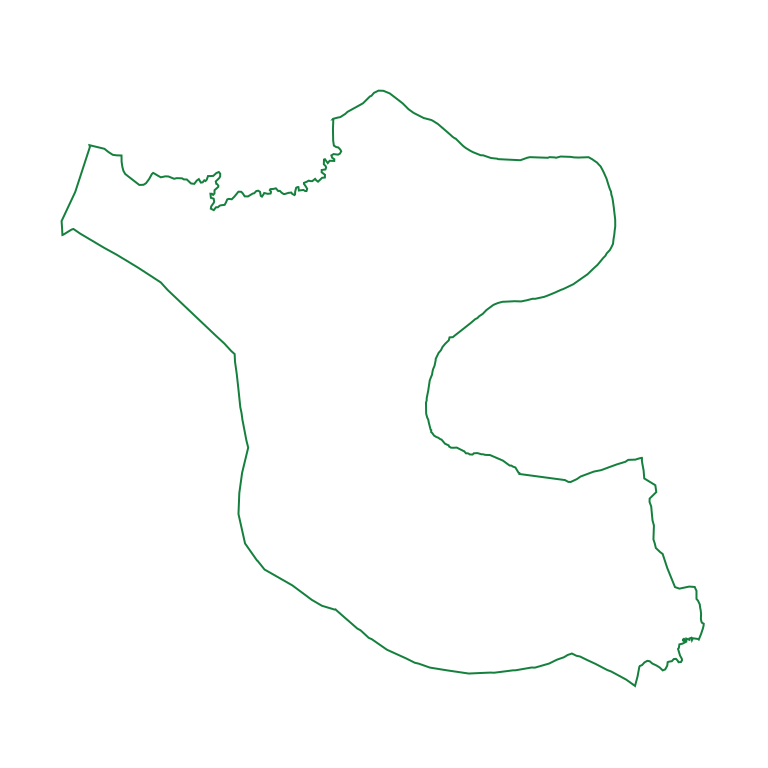 Niani, Central River, Gambia (Robinson projection), rotated 182°
{"feature_id": "56634734B41420439456091", "entity_name": "Niani", "entity_type": "district", "adm_level": 2, "iso_a3": "GMB", "parent_name": "Gambia", "parent_adm1": "Central River", "projection": "robinson", "projection_center": [-14.889, 13.677], "detail": "fine", "context": "isolated", "style": "outline", "palette": "green", "viewbox_px": 768, "rotation_deg": 182, "n_neighbors": 0, "source": "geoboundaries", "source_scale": "gbopen_adm2", "svg_char_len": 6086}
<svg xmlns="http://www.w3.org/2000/svg" viewBox="0 0 768 768"><g transform="rotate(182 384 384)"><path d="M710.6,521.7L709.8,522.0L704.7,525.4L701.7,527.4L699.8,528.1L692.9,523.7L670.4,511.4L668.0,510.1L655.9,504.0L634.2,491.9L610.6,477.7L603.6,470.5L554.2,426.8L545.1,419.0L537.8,411.6L534.3,408.7L533.7,401.2L531.6,389.4L529.5,375.1L526.8,355.8L525.3,349.7L524.3,343.6L519.5,322.6L517.5,315.7L522.7,290.3L524.8,270.0L524.9,249.0L517.3,219.8L504.7,203.1L504.3,203.0L496.9,194.4L468.5,179.5L448.7,165.8L438.3,160.2L425.4,156.8L424.6,157.1L423.8,156.3L415.5,149.5L410.4,145.4L402.2,138.7L398.8,137.0L390.3,129.7L387.4,128.6L371.7,118.5L351.8,110.3L343.5,106.5L339.4,105.7L328.3,102.2L310.8,100.0L289.2,97.6L278.1,98.5L267.7,99.3L263.8,99.3L245.3,102.3L242.4,102.5L226.7,105.8L223.3,105.8L209.2,110.4L201.6,114.5L194.6,117.2L191.0,119.6L186.8,121.2L182.2,119.1L178.6,118.5L171.7,115.4L162.7,111.6L150.8,105.9L146.9,104.6L131.6,97.0L122.6,91.0L120.4,100.5L119.0,110.0L118.5,111.1L116.3,112.1L113.9,114.9L111.2,116.5L108.8,116.2L106.1,114.0L101.7,112.1L98.6,110.3L95.4,107.5L93.0,108.6L91.1,112.4L90.8,115.9L89.4,116.5L86.7,117.0L84.8,119.2L82.6,119.5L80.9,117.8L79.9,116.2L77.5,116.5L76.5,118.4L76.7,119.6L77.2,120.5L78.7,123.0L80.9,129.5L80.1,130.6L79.7,134.1L76.7,134.9L73.8,136.5L76.3,138.2L76.3,139.0L75.3,139.8L72.9,138.2L72.9,140.1L69.9,139.0L69.9,140.3L68.0,141.1L67.3,138.7L66.4,140.7L61.1,140.1L60.5,139.6L58.4,145.2L56.8,150.7L56.2,153.4L56.1,155.6L57.9,156.5L58.6,157.9L58.8,158.9L59.1,160.3L59.1,162.0L59.1,163.4L59.1,165.5L59.4,167.5L59.7,169.5L60.1,170.8L60.4,172.5L60.6,173.9L60.7,174.7L61.7,176.6L62.7,178.5L62.9,178.7L64.2,180.1L64.5,188.2L65.9,190.9L66.4,192.0L71.9,192.2L81.6,189.8L86.1,191.2L94.5,210.0L99.6,223.9L102.1,225.6L106.6,229.6L107.8,234.0L109.3,238.1L109.3,252.0L110.9,257.1L112.7,271.0L114.5,275.4L114.5,278.8L108.1,285.5L109.3,292.3L120.6,298.7L121.5,306.5L123.2,314.1L123.2,314.4L123.4,315.5L123.6,316.2L123.6,318.5L123.7,319.2L124.0,319.2L127.4,318.2L130.1,317.2L137.3,316.7L140.0,314.7L148.2,311.9L156.4,308.6L163.9,305.5L171.2,303.8L184.3,298.4L187.9,295.7L194.0,292.6L196.4,292.6L199.8,294.3L245.6,298.8L245.6,299.8L246.5,300.1L249.8,305.2L252.2,305.9L253.8,306.9L255.6,306.9L262.5,311.6L275.6,316.7L280.4,316.7L282.4,317.2L284.2,317.2L288.2,318.2L291.8,317.9L293.0,316.6L295.8,316.6L296.7,317.2L297.6,317.6L299.7,317.6L301.5,319.6L302.4,319.9L309.1,323.0L312.1,322.7L314.9,322.7L315.8,323.3L316.7,323.7L317.3,325.0L318.5,325.4L320.0,326.1L320.9,326.4L324.6,330.5L325.8,330.8L327.9,332.2L329.7,332.8L332.2,334.2L334.0,336.6L335.2,337.6L335.2,339.6L335.8,339.9L337.9,347.1L338.5,349.8L339.7,352.1L340.8,355.7L340.9,357.1L341.4,366.9L340.8,368.9L340.8,371.6L339.6,378.7L338.4,389.2L337.1,393.0L336.2,395.3L336.2,396.3L335.6,400.1L334.1,404.1L333.2,409.5L333.2,410.9L330.5,417.0L328.3,419.7L326.8,423.1L324.1,426.5L320.8,429.9L320.1,432.9L316.8,433.2L315.3,434.6L299.1,448.3L295.1,452.0L293.0,453.1L291.2,455.1L287.8,457.5L284.2,461.5L277.8,466.6L276.0,467.6L272.7,469.0L268.4,470.3L263.3,470.7L256.3,471.3L249.9,471.3L244.1,472.7L238.4,474.4L236.0,474.4L226.9,476.7L223.5,478.1L217.5,480.8L209.9,484.5L208.7,484.9L198.3,490.3L190.8,496.0L184.4,500.8L178.9,506.5L174.7,510.6L169.4,517.5L167.2,519.9L166.0,522.3L163.0,525.7L161.8,528.0L160.0,532.1L159.7,536.5L159.1,540.9L158.8,545.6L158.4,549.7L158.7,556.5L160.0,565.0L160.6,569.0L161.8,575.8L162.4,578.5L163.3,580.9L163.9,584.3L164.8,586.0L166.0,589.0L167.2,592.4L168.7,596.8L170.0,599.5L171.8,603.2L173.3,605.9L175.1,609.0L177.2,611.0L178.8,612.7L181.5,614.4L183.6,615.8L187.5,617.8L197.6,617.1L202.1,617.1L205.4,617.5L215.4,617.5L220.0,616.1L221.2,616.4L226.4,616.5L228.2,615.8L246.1,615.8L248.8,615.1L255.5,612.4L277.9,612.7L278.5,613.1L285.0,613.6L292.9,616.0L295.4,616.0L302.9,618.7L305.7,620.0L310.5,622.7L312.9,624.4L314.5,625.8L321.1,631.9L321.7,631.9L323.9,633.3L327.8,636.6L339.3,645.8L344.5,648.8L346.0,649.5L353.6,651.2L356.6,652.6L363.9,656.0L369.0,659.4L375.1,665.1L383.6,671.2L388.4,674.6L394.8,677.0L399.7,677.0L404.2,674.6L406.6,671.6L408.1,670.9L414.8,663.8L430.0,654.7L432.1,652.6L437.0,649.2L439.7,648.6L444.2,647.2L444.5,646.8L443.9,646.9L443.9,637.1L443.3,625.5L442.4,620.5L440.0,619.1L437.9,618.8L435.8,616.7L434.9,615.0L436.1,612.7L437.9,611.6L442.4,612.0L444.6,610.6L443.7,608.3L441.5,606.9L441.5,605.2L446.1,605.2L447.9,602.8L450.9,606.6L451.8,606.2L451.8,601.5L450.0,599.8L449.4,598.4L450.0,596.4L453.7,595.7L453.7,593.4L450.3,591.0L450.3,588.3L453.1,587.9L454.6,586.3L457.0,583.9L458.8,585.2L460.0,586.6L462.8,584.2L464.6,584.2L466.4,584.6L467.9,583.6L471.0,582.2L471.0,581.2L469.1,578.8L467.6,576.4L468.2,574.1L469.5,574.1L471.3,575.1L475.8,574.4L476.4,577.8L477.3,577.8L478.6,577.1L479.5,573.1L479.5,570.4L480.1,569.7L482.2,570.7L483.4,572.1L486.1,571.7L489.8,570.4L491.0,570.4L493.1,571.7L494.9,573.4L496.4,573.1L498.9,575.8L501.3,575.1L504.3,574.8L504.9,573.8L503.7,572.4L503.7,571.4L504.0,570.4L506.8,570.0L510.4,570.7L511.0,569.4L512.5,567.0L513.7,567.7L514.6,571.7L516.5,572.8L518.3,572.4L520.4,570.1L521.9,569.7L526.5,566.7L529.8,566.7L531.9,569.7L533.4,571.1L536.2,571.1L540.1,566.0L542.6,563.3L545.6,563.6L547.1,563.0L548.3,559.9L549.5,557.5L553.2,556.9L554.4,556.5L556.2,554.8L558.0,554.8L560.2,551.8L563.2,553.2L562.9,555.5L560.4,559.3L560.1,560.6L560.7,563.3L563.5,564.0L564.1,568.1L562.6,568.1L561.4,567.0L560.1,568.4L560.1,571.8L556.5,575.2L556.5,576.5L557.7,577.9L558.6,578.2L559.2,580.6L555.9,584.0L555.0,585.7L555.0,588.4L556.5,590.1L558.6,589.1L559.2,588.7L561.9,586.0L565.6,585.7L567.1,585.7L568.3,582.0L569.5,580.6L570.7,581.3L572.3,579.2L574.1,578.9L576.2,582.3L578.2,580.8L580.6,577.4L583.9,577.7L588.2,581.5L591.2,581.5L593.0,582.5L598.2,582.5L600.9,581.8L602.1,582.2L606.7,583.9L609.7,583.9L614.3,582.8L617.6,584.5L620.6,586.2L622.1,586.9L623.4,585.6L625.8,580.8L628.8,576.4L631.3,574.7L635.5,574.4L647.3,582.9L650.0,584.9L651.9,588.0L653.1,592.0L654.0,597.1L654.3,603.2L659.4,603.2L663.1,603.6L667.6,606.3L671.6,609.3L686.7,612.4L686.2,610.6L699.3,565.1L711.9,535.6L711.2,528.9L710.6,521.7Z" fill="none" stroke="#15803d" stroke-width="2"/></g></svg>